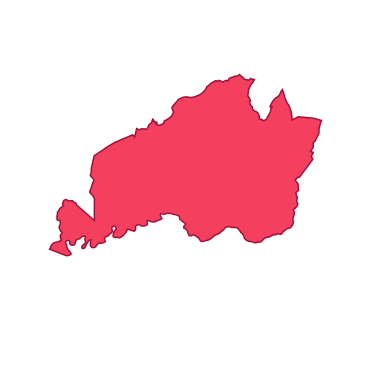 Santiago Camotlán, Oaxaca, Mexico, rotated 228°
{"feature_id": "50627088B23494888304599", "entity_name": "Santiago Camotlán", "entity_type": "district", "adm_level": 2, "iso_a3": "MEX", "parent_name": "Mexico", "parent_adm1": "Oaxaca", "projection": "equal_earth", "projection_center": [-96.155, 17.545], "detail": "fine", "context": "isolated", "style": "filled", "palette": "rose", "viewbox_px": 384, "rotation_deg": 228, "n_neighbors": 0, "source": "geoboundaries", "source_scale": "gbopen_adm2", "svg_char_len": 6037}
<svg xmlns="http://www.w3.org/2000/svg" viewBox="0 0 384 384"><g transform="rotate(228 192 192)"><path d="M237.1,311.7L237.1,309.1L239.5,307.2L240.5,306.6L247.5,305.9L247.7,304.1L248.4,302.4L249.3,301.5L249.7,300.6L250.1,298.8L250.7,298.1L251.2,297.0L251.4,295.6L250.5,293.0L251.2,292.8L252.0,292.2L252.4,291.2L253.1,288.4L254.8,287.9L256.0,287.1L257.0,286.7L257.0,285.9L257.3,285.1L258.6,284.4L258.6,283.8L259.3,283.3L259.4,281.3L260.0,280.1L260.1,278.8L260.1,274.7L260.3,273.2L259.7,272.5L259.4,271.7L258.7,267.5L258.9,264.0L259.2,262.6L260.9,257.7L261.7,256.4L263.1,254.3L264.6,252.9L265.8,252.1L267.1,250.7L268.1,249.2L269.1,246.8L269.9,243.3L269.4,242.0L269.5,241.2L268.4,233.9L267.8,233.3L264.1,231.8L263.3,230.8L262.8,229.9L262.6,228.8L262.1,228.2L262.1,224.4L262.4,223.8L262.5,221.5L263.3,219.8L263.3,219.3L263.1,218.4L262.5,217.7L262.1,217.6L262.2,216.6L262.5,214.8L263.5,212.1L265.2,211.4L266.1,210.6L266.8,210.7L266.8,212.1L267.3,212.6L268.0,211.3L268.4,211.0L268.8,211.4L269.7,211.3L270.1,210.7L271.8,211.9L272.4,211.6L271.8,210.3L270.6,208.5L270.6,207.2L270.8,206.0L270.7,204.5L270.3,204.1L269.5,202.3L269.1,200.7L269.2,199.9L270.8,198.9L271.6,197.9L272.5,197.1L273.8,194.2L276.2,193.3L271.2,186.2L274.2,186.2L277.2,177.3L277.7,176.3L279.6,170.2L280.5,168.1L282.6,157.3L282.7,154.8L284.4,143.5L276.7,132.7L274.9,131.2L273.9,130.0L273.3,129.2L272.9,128.0L272.6,127.7L271.2,127.4L267.0,127.4L266.5,127.1L265.7,125.7L265.4,124.7L261.4,117.9L261.3,117.3L260.5,116.0L260.1,115.8L255.8,115.8L252.5,115.1L236.1,100.3L259.9,97.5L260.5,98.2L261.0,98.4L262.1,97.9L263.0,97.7L263.5,97.2L265.4,97.4L266.6,96.2L267.3,94.9L269.1,93.9L270.3,93.6L270.9,93.1L271.4,91.5L271.4,90.8L271.0,89.8L270.4,89.1L270.1,88.3L269.4,87.6L267.8,87.5L267.8,86.6L268.1,85.9L268.0,85.3L268.2,83.6L267.9,82.0L267.3,80.3L267.1,79.0L266.6,78.0L265.2,76.8L264.4,75.3L262.8,74.4L262.5,73.7L262.1,73.4L261.1,73.3L260.5,73.6L259.5,74.7L258.8,74.6L256.7,73.1L256.2,72.5L255.5,70.9L254.7,69.6L251.1,68.2L248.9,68.6L248.6,68.2L248.6,67.3L247.7,64.7L247.3,64.5L246.4,64.7L245.9,63.5L245.4,63.1L244.5,63.4L243.5,61.9L244.3,60.5L244.6,59.1L245.1,58.0L245.6,57.6L246.2,56.1L246.7,54.8L246.8,54.0L246.3,51.2L245.8,50.1L245.3,49.5L244.8,47.9L228.7,56.0L227.4,57.9L226.9,59.3L226.6,60.1L226.9,60.7L227.5,61.0L228.8,61.3L232.0,61.3L234.0,61.8L235.3,62.5L237.0,63.7L238.4,63.7L239.4,64.8L239.7,65.5L239.7,66.3L239.4,67.0L237.5,68.2L236.9,68.1L235.4,66.5L234.9,66.4L233.0,67.0L232.0,68.0L231.6,68.8L231.5,69.3L231.6,70.0L233.8,73.6L233.4,75.8L232.5,76.9L232.5,79.9L232.3,80.6L231.6,82.1L231.0,82.9L230.3,83.0L229.4,82.0L228.5,80.6L226.5,79.7L225.6,78.7L225.3,78.0L225.2,77.2L225.5,76.5L225.5,75.0L225.4,74.1L224.4,72.8L224.0,72.7L223.6,72.8L222.6,73.4L222.3,74.5L222.2,75.1L223.5,77.7L224.2,79.8L224.4,81.3L224.9,82.1L224.9,83.6L224.2,84.8L220.8,81.1L219.8,80.4L218.3,80.4L217.0,81.0L215.9,82.6L215.8,83.8L216.4,86.8L216.4,88.0L216.1,88.9L214.9,89.9L214.1,91.1L213.2,93.5L213.2,94.3L213.8,94.8L215.6,95.5L216.2,96.0L216.4,97.9L215.4,100.8L215.8,102.5L215.6,104.7L215.9,106.3L216.3,106.8L217.2,107.2L219.1,108.4L219.4,109.4L219.3,110.4L219.0,110.9L218.2,111.5L217.4,111.7L216.0,111.5L215.1,111.0L215.1,109.0L214.4,106.8L213.4,105.3L211.9,103.7L211.1,103.6L209.5,104.6L208.2,106.0L206.9,107.1L206.5,107.7L206.0,108.8L205.7,111.9L206.2,116.0L207.3,118.6L207.2,119.6L204.0,121.2L201.4,123.0L201.5,124.1L202.1,125.3L204.2,126.9L204.4,127.6L204.3,128.5L204.0,129.7L202.9,131.3L201.5,131.2L200.7,131.6L198.7,133.7L197.6,136.2L197.8,137.0L198.2,137.7L200.8,139.1L200.7,139.7L200.2,140.3L196.7,142.1L195.1,143.8L194.0,146.3L193.6,148.4L192.8,149.7L192.3,151.1L192.2,151.4L192.5,151.8L193.3,152.2L194.6,152.2L196.3,153.1L196.6,153.6L196.5,154.4L193.7,157.0L192.8,159.2L190.5,161.7L188.1,163.1L185.7,164.9L183.1,166.2L182.5,166.2L181.8,166.0L180.5,164.9L179.4,164.8L178.3,164.8L176.8,165.3L175.1,165.4L173.3,166.0L172.7,166.0L172.3,165.4L172.0,163.2L171.5,162.3L171.1,162.1L170.4,161.8L169.1,162.5L167.0,162.6L165.5,162.3L163.3,161.1L162.1,160.8L160.8,161.2L160.4,161.6L159.9,162.2L159.4,163.9L158.8,164.6L158.0,165.1L156.0,165.4L153.5,166.2L150.0,165.6L149.1,165.9L148.0,166.9L146.3,170.6L145.7,171.2L145.1,173.0L144.6,175.6L144.6,178.5L144.4,180.2L143.3,183.4L143.0,184.9L142.9,191.3L143.3,193.9L142.3,195.0L141.7,196.2L139.6,197.5L137.9,199.0L137.8,199.5L136.4,200.5L135.8,201.2L135.1,201.6L132.2,201.7L128.6,201.2L126.8,201.6L123.7,200.6L123.3,200.3L120.9,199.9L117.7,200.9L117.0,201.4L116.3,202.3L115.6,202.6L114.3,203.8L113.6,204.1L112.8,204.2L112.3,204.6L111.5,205.6L111.0,206.8L109.0,209.5L108.8,210.3L109.1,215.3L107.8,218.1L107.3,218.5L106.5,220.6L105.9,224.0L105.3,224.5L104.9,224.5L104.7,225.5L104.4,226.1L103.9,226.2L103.9,227.4L103.3,228.2L101.4,229.3L101.2,229.9L100.9,230.2L101.0,231.3L101.5,232.5L101.2,237.4L101.0,238.7L100.2,239.7L99.6,241.3L100.0,243.7L100.5,245.4L101.4,246.7L102.3,247.8L104.0,248.3L105.0,249.6L106.9,252.8L108.5,254.7L110.2,255.0L111.1,255.6L110.9,258.2L111.1,260.2L111.7,261.6L112.3,262.6L113.0,263.0L113.8,262.9L115.8,264.3L117.5,266.7L118.9,267.0L121.1,268.1L122.0,269.0L121.9,272.2L127.0,276.2L131.6,276.6L131.8,276.7L132.2,280.5L131.1,281.8L135.5,303.7L138.5,304.4L140.3,308.7L142.8,307.1L144.2,312.1L147.6,315.2L147.4,317.3L150.7,325.6L154.2,328.9L157.0,333.2L158.5,336.1L165.6,331.6L176.8,321.3L178.5,314.7L185.0,319.3L189.5,321.2L192.6,322.2L194.0,322.1L199.2,323.8L202.9,325.5L204.8,326.7L207.7,327.7L207.2,325.6L205.8,322.5L205.5,321.4L205.5,318.5L205.8,317.8L205.8,314.9L205.1,311.4L204.2,309.5L203.6,307.5L203.4,307.2L202.5,307.1L201.9,308.5L201.4,308.5L201.5,307.4L200.3,305.2L199.4,304.4L198.2,301.4L197.2,298.1L196.3,296.0L196.8,293.7L197.9,292.3L198.7,292.5L199.4,292.4L200.0,291.4L201.2,290.9L202.7,292.4L205.6,293.6L207.2,293.8L208.9,293.5L209.7,292.9L211.1,292.4L213.2,292.6L214.9,293.7L216.6,293.6L218.7,294.1L220.1,294.9L220.9,296.5L224.3,297.8L225.5,297.5L227.3,299.1L228.5,300.7L230.0,302.1L232.3,307.4L232.9,310.8L233.8,313.6L234.7,313.2L235.1,312.3L237.1,311.7Z" fill="#f43f5e" stroke="#9f1239" stroke-width="1.5"/></g></svg>